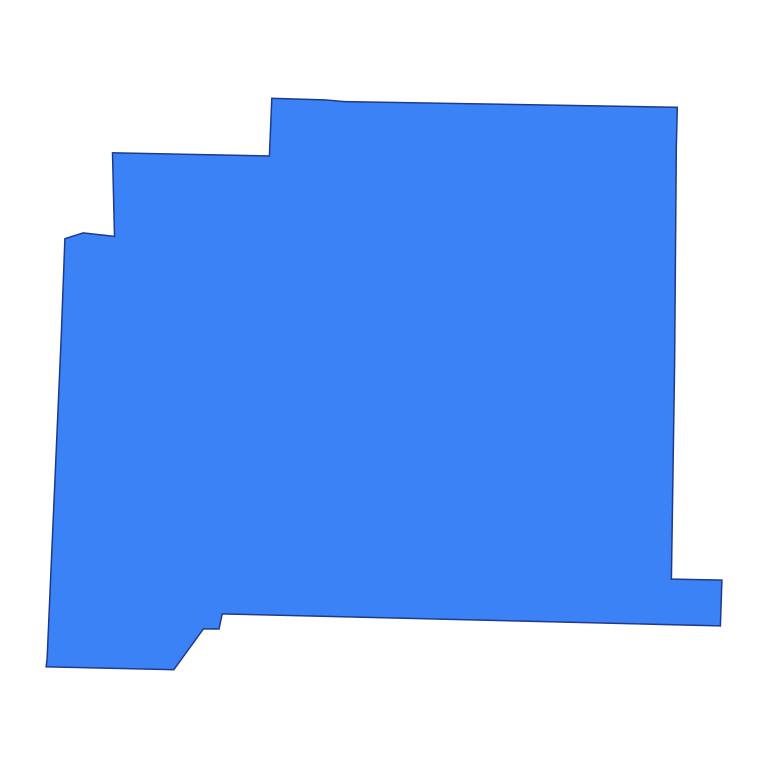 the district of Carroll, Tennessee, United States of America
{"feature_id": "52423323B38043667480018", "entity_name": "Carroll", "entity_type": "district", "adm_level": 2, "iso_a3": "USA", "parent_name": "United States of America", "parent_adm1": "Tennessee", "projection": "albers", "projection_center": [-88.503, 35.971], "detail": "fine", "context": "isolated", "style": "filled", "palette": "blue", "viewbox_px": 768, "rotation_deg": 0, "n_neighbors": 0, "source": "geoboundaries", "source_scale": "gbopen_adm2", "svg_char_len": 388}
<svg xmlns="http://www.w3.org/2000/svg" viewBox="0 0 768 768"><path d="M46.1,666.8L173.8,669.7L203.4,628.9L219.0,629.0L222.2,613.9L720.4,625.9L721.9,580.1L671.4,579.1L674.6,364.5L676.3,147.7L677.3,107.3L344.4,101.6L324.8,99.9L271.8,98.3L269.4,156.0L112.5,152.8L114.5,236.4L83.2,232.9L64.9,238.7L61.3,334.8L47.1,659.0L46.1,666.8Z" fill="#3b82f6" stroke="#1e3a8a" stroke-width="1.5"/></svg>